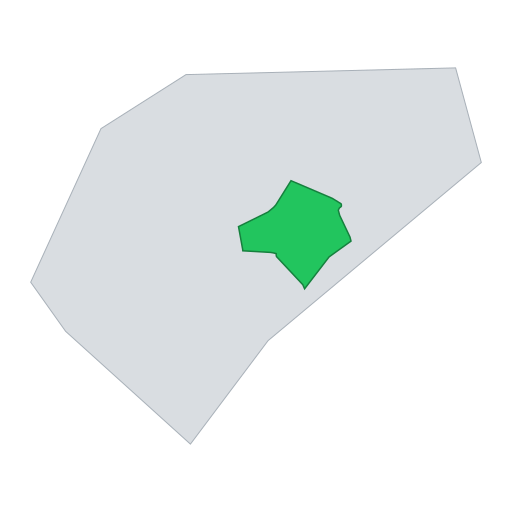 Saint Joseph highlighted on a map of Barbados, rotated 90°
{"feature_id": "BRB-1994", "entity_name": "Saint Joseph", "entity_type": "Parish", "adm_level": 1, "iso_a3": "BRB", "parent_name": "Barbados", "parent_adm1": "", "projection": "mercator", "projection_center": [-59.553, 13.212], "detail": "fine", "context": "in_parent", "style": "filled", "palette": "green", "viewbox_px": 512, "rotation_deg": 90, "n_neighbors": 0, "source": "natural_earth", "source_scale": "10m", "svg_char_len": 696}
<svg xmlns="http://www.w3.org/2000/svg" viewBox="0 0 512 512"><g transform="rotate(90 256 256)"><path d="M331.3,446.4L282.2,481.3L128.6,411.0L74.6,326.0L67.9,56.4L162.5,30.7L340.6,243.9L444.1,321.6L331.3,446.4Z" fill="#d9dde1" stroke="#a8b0b8" stroke-width="1"/><path d="M241.1,161.0L256.9,182.9L288.8,207.4L284.7,209.2L256.6,235.5L255.8,235.7L255.1,235.8L253.6,235.8L252.8,239.1L252.4,241.6L250.8,269.2L249.6,269.3L226.6,273.5L212.0,243.9L207.4,238.4L205.0,236.2L180.7,221.0L198.4,179.6L203.8,170.9L204.8,170.6L205.5,170.6L206.1,170.6L206.6,170.9L207.0,171.3L207.6,172.2L208.1,172.7L210.2,173.7L215.4,172.3L237.1,162.0L241.1,161.0Z" fill="#22c55e" stroke="#15803d" stroke-width="1.5"/></g></svg>